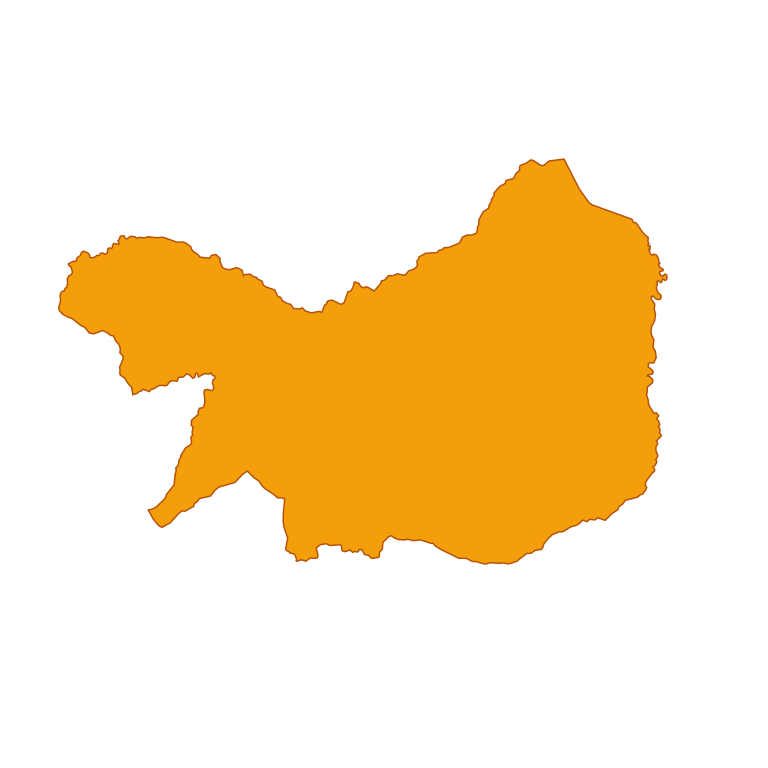 outline of Pangua, Cotopaxi, Ecuador, rotated 167°
{"feature_id": "8360857B45229230453028", "entity_name": "Pangua", "entity_type": "district", "adm_level": 2, "iso_a3": "ECU", "parent_name": "Ecuador", "parent_adm1": "Cotopaxi", "projection": "natural_earth1", "projection_center": [-79.148, -1.101], "detail": "fine", "context": "isolated", "style": "filled", "palette": "amber", "viewbox_px": 768, "rotation_deg": 167, "n_neighbors": 0, "source": "geoboundaries", "source_scale": "gbopen_adm2", "svg_char_len": 6123}
<svg xmlns="http://www.w3.org/2000/svg" viewBox="0 0 768 768"><g transform="rotate(167 384 384)"><path d="M680.5,537.6L683.6,531.9L683.9,528.7L681.4,524.3L677.0,520.3L673.5,518.2L666.0,509.0L662.8,506.5L659.7,500.0L655.7,498.2L646.0,499.3L642.4,496.5L639.6,493.0L636.7,491.6L635.8,486.6L633.3,482.1L633.0,477.7L634.3,473.7L632.0,469.8L632.6,467.0L637.8,460.0L638.0,457.2L639.1,453.7L638.8,451.9L635.4,448.1L633.1,441.8L630.7,437.5L631.1,430.1L626.7,430.4L624.0,431.8L621.2,432.0L620.1,433.2L614.4,429.4L611.8,431.3L609.9,431.0L603.5,433.1L599.4,432.4L598.2,431.5L595.5,431.7L592.3,434.4L589.4,435.0L585.1,433.2L582.5,436.7L577.9,436.0L573.9,438.5L571.4,436.4L568.9,432.5L566.7,433.4L565.3,436.4L564.1,436.7L563.2,435.1L563.2,432.6L556.6,434.5L552.0,433.0L550.2,433.8L548.9,430.8L547.1,429.7L547.5,427.5L549.4,426.8L550.9,424.0L550.7,418.6L552.0,416.7L553.7,416.4L556.9,418.4L560.2,418.5L561.2,416.6L562.4,407.3L564.4,403.0L565.9,401.7L569.4,401.8L570.9,399.7L572.0,396.1L579.7,391.9L581.1,387.0L580.0,385.8L580.2,383.9L581.8,380.2L582.0,377.2L584.1,375.7L584.6,370.4L586.5,368.2L591.8,366.3L597.8,360.3L599.4,357.1L600.8,356.1L602.8,351.0L605.8,349.0L605.9,346.3L607.8,343.2L611.2,333.0L621.0,325.1L622.0,322.9L624.7,320.6L633.5,315.5L637.3,314.3L642.1,314.2L639.2,304.4L635.5,296.8L632.6,294.3L623.5,296.8L613.3,304.0L609.2,305.9L606.7,304.8L596.9,307.6L595.5,310.3L592.8,311.2L589.4,313.9L578.1,313.9L572.4,318.7L568.0,320.7L551.4,321.6L542.4,327.6L536.7,329.9L532.2,322.4L527.7,317.6L525.5,311.8L523.3,308.6L516.4,301.4L513.2,297.0L509.3,296.0L506.6,294.4L511.0,281.3L513.3,272.0L513.6,266.6L512.5,255.4L517.0,245.3L516.5,243.8L514.3,241.9L513.5,240.3L511.3,239.6L509.3,237.7L508.6,233.2L509.3,231.8L508.9,230.9L503.9,231.3L500.1,228.9L495.1,231.0L489.1,229.3L487.8,229.9L486.9,231.6L486.9,239.7L481.9,241.8L476.3,241.4L473.0,238.8L462.7,237.2L461.8,235.8L462.3,231.6L461.8,230.5L460.1,229.5L454.3,229.8L452.3,227.0L450.3,227.5L447.9,226.3L446.5,226.7L445.2,228.4L442.7,227.4L441.3,222.2L437.5,220.5L436.0,217.6L434.6,216.7L428.4,216.3L427.4,217.0L426.0,221.3L422.8,223.4L420.8,229.8L413.8,234.2L410.8,234.4L408.6,231.7L405.1,229.2L398.3,227.3L395.9,227.4L390.3,224.6L383.9,224.1L374.0,218.2L372.2,217.9L370.5,214.7L366.2,210.3L350.2,197.3L343.0,195.6L337.7,191.1L334.7,190.5L326.3,185.8L320.4,185.9L312.1,183.3L308.8,183.1L302.7,180.6L294.9,181.3L282.9,186.8L278.9,186.0L274.0,187.9L268.1,187.4L266.1,189.0L264.3,192.1L258.7,196.7L253.8,199.4L246.6,200.5L242.8,199.9L234.2,202.8L228.7,203.0L225.0,204.1L221.0,206.7L217.2,204.3L213.9,205.9L209.3,204.1L205.7,205.5L199.1,201.4L191.2,206.4L184.4,208.9L182.8,211.6L178.6,213.3L174.9,216.4L162.6,216.7L159.2,218.4L156.5,218.6L152.7,222.0L151.3,224.1L152.3,226.7L150.6,230.1L143.4,236.4L140.1,238.1L139.5,240.0L140.6,242.5L138.0,243.9L135.7,246.6L136.1,249.2L133.3,252.3L134.0,258.7L133.0,261.8L130.7,264.2L131.3,267.3L125.4,271.1L126.4,275.1L125.2,277.3L126.1,280.7L124.6,281.9L124.6,282.8L124.7,286.0L125.9,288.5L125.7,289.7L123.9,290.5L123.5,291.4L125.2,294.8L127.6,294.6L130.0,301.8L130.7,304.9L130.2,309.2L130.6,314.5L129.1,317.5L128.2,321.7L122.3,324.7L121.1,327.4L123.4,331.4L125.7,332.6L125.0,333.5L120.3,333.3L119.2,334.7L119.2,336.7L122.6,341.2L121.9,344.2L120.4,344.9L116.4,343.8L112.9,348.4L112.2,355.3L113.6,359.4L111.1,366.4L112.3,371.9L112.1,374.5L110.8,379.0L106.0,384.9L103.7,391.1L103.9,396.0L102.2,400.9L104.3,406.3L103.9,408.9L102.1,409.2L100.2,406.1L97.8,404.5L95.6,404.6L94.2,406.6L94.2,408.2L96.2,410.8L97.1,414.7L96.7,417.4L95.0,420.2L95.1,422.3L93.6,423.0L91.7,420.6L90.9,420.6L88.6,423.7L86.8,421.6L85.1,422.3L84.3,424.3L84.1,426.6L85.4,427.9L88.1,426.4L90.1,427.8L90.6,429.9L89.9,431.7L87.4,431.4L86.1,432.1L86.3,433.1L89.4,436.0L89.2,437.8L89.8,438.9L88.1,439.6L88.7,441.3L88.4,444.9L89.6,448.5L92.2,449.9L93.6,448.9L95.3,450.9L95.3,453.7L96.0,455.3L95.1,455.3L95.0,456.2L94.5,455.7L93.6,458.7L95.4,459.4L95.6,460.3L94.2,461.4L94.9,462.9L93.6,467.4L96.0,470.3L98.2,474.4L101.9,483.9L102.9,484.9L104.7,485.2L105.2,488.6L140.6,511.5L143.5,514.7L149.9,530.2L158.0,562.6L172.9,564.2L178.1,561.5L180.2,561.1L182.0,561.8L188.6,568.4L190.6,569.3L195.9,567.1L201.9,566.3L203.1,565.1L203.7,561.8L208.5,559.0L211.4,555.1L219.3,554.8L221.0,552.0L226.5,550.6L233.4,545.7L234.1,545.0L234.2,542.9L237.5,540.0L238.3,537.8L241.1,534.9L242.7,531.6L248.5,529.6L254.5,522.8L255.7,518.1L257.4,516.1L259.4,511.0L260.4,510.1L266.1,509.4L268.9,510.5L274.5,509.5L278.7,504.4L290.4,502.5L294.7,503.3L297.6,501.7L300.6,501.9L302.7,500.1L313.9,502.0L321.2,500.0L322.1,498.2L324.3,496.3L324.9,491.6L328.6,489.2L334.7,488.6L338.6,485.5L340.3,485.6L346.2,488.4L350.8,487.5L355.2,488.6L360.0,485.1L363.4,485.0L364.5,482.8L372.6,476.8L377.9,481.8L379.6,482.8L382.6,482.4L384.7,484.0L385.8,487.6L389.2,490.0L390.3,489.4L392.1,485.7L395.3,482.1L398.4,482.0L404.6,472.1L406.9,471.4L408.8,471.8L415.7,477.4L419.5,477.6L420.9,477.1L421.7,475.2L424.1,474.2L428.5,467.8L430.8,469.3L439.0,469.7L444.2,472.9L446.4,476.6L449.0,476.1L455.2,477.9L457.0,482.6L460.0,484.1L464.2,487.9L465.3,491.7L467.7,493.2L469.4,500.3L477.3,505.2L479.6,508.0L479.4,510.0L480.2,512.2L483.8,514.7L484.0,516.4L487.2,518.1L489.7,521.1L494.5,521.9L496.6,521.3L496.7,526.6L499.5,529.4L501.7,530.5L508.7,530.1L512.6,531.7L515.3,533.9L516.2,540.8L515.5,543.3L518.8,548.1L523.4,548.1L525.7,545.8L534.5,548.9L537.0,552.9L540.1,556.2L541.3,558.8L541.4,561.3L545.2,565.7L547.8,567.6L553.6,568.6L566.1,576.6L573.2,577.8L580.6,580.5L584.5,580.3L589.3,581.9L591.6,581.5L593.9,583.5L597.3,584.9L602.1,583.3L603.3,584.1L604.0,586.9L607.6,587.4L609.8,584.0L610.9,583.7L610.5,581.8L611.0,579.8L615.8,581.8L617.7,579.6L617.8,578.0L619.3,577.4L620.9,578.4L622.4,578.0L624.6,573.6L625.4,573.4L627.1,573.3L628.3,574.8L630.9,575.2L632.4,573.3L635.2,574.0L636.6,572.6L641.3,572.9L642.1,573.8L641.8,575.8L643.1,578.4L646.9,581.0L649.3,580.1L651.0,577.5L654.6,576.1L656.6,572.8L659.6,573.4L664.4,572.2L664.7,571.0L662.5,567.7L662.5,562.7L664.6,560.7L666.9,560.2L669.1,557.3L669.7,553.1L671.4,549.6L672.8,549.2L674.8,546.6L676.6,546.7L678.7,545.1L679.7,542.9L680.5,537.6Z" fill="#f59e0b" stroke="#b45309" stroke-width="1.5"/></g></svg>